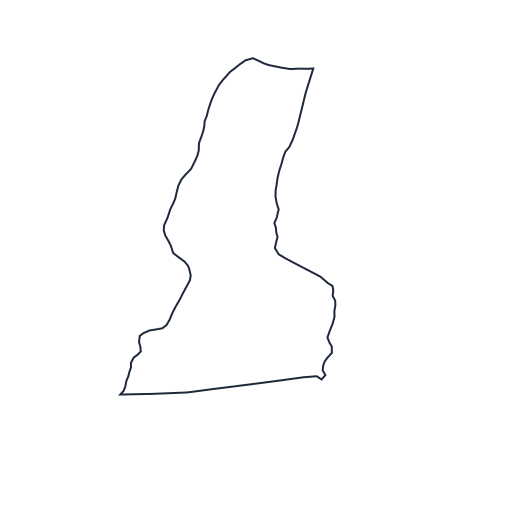 Cabaceiras do Paraguaçu, Bahia, Brazil (orthographic projection), rotated 302°
{"feature_id": "56859067B16616636185997", "entity_name": "Cabaceiras do Paraguaçu", "entity_type": "district", "adm_level": 2, "iso_a3": "BRA", "parent_name": "Brazil", "parent_adm1": "Bahia", "projection": "orthographic", "projection_center": [-39.188, -12.575], "detail": "fine", "context": "isolated", "style": "outline", "palette": "slate", "viewbox_px": 512, "rotation_deg": 302, "n_neighbors": 0, "source": "geoboundaries", "source_scale": "gbopen_adm2", "svg_char_len": 1788}
<svg xmlns="http://www.w3.org/2000/svg" viewBox="0 0 512 512"><g transform="rotate(302 256 256)"><path d="M343.1,141.0L338.6,143.4L334.1,145.0L329.1,146.3L321.5,147.8L315.2,151.5L310.6,153.0L304.5,153.9L295.4,154.8L287.2,153.0L281.3,152.2L274.3,152.9L267.9,155.0L261.9,157.1L257.0,157.9L250.4,158.5L242.0,160.6L233.3,161.8L228.7,164.3L225.1,168.5L222.4,173.7L219.4,178.6L214.6,184.2L213.9,191.8L213.3,198.8L211.5,203.9L208.7,207.2L204.9,210.9L200.5,212.8L195.0,213.2L189.5,213.5L185.1,213.8L179.4,214.4L170.3,214.7L163.3,215.3L156.2,216.5L150.0,216.7L145.1,214.9L140.6,210.0L136.4,205.1L130.5,201.2L126.6,199.8L121.0,202.4L118.2,205.6L114.0,208.9L109.6,207.9L105.0,206.1L99.1,206.6L95.1,209.1L90.8,210.0L86.2,211.5L81.6,212.2L76.1,214.3L71.4,215.2L66.6,214.3L83.7,240.5L98.5,262.2L103.5,269.5L106.2,272.9L113.9,282.2L119.7,289.2L123.5,293.9L148.7,324.8L165.1,344.7L178.3,360.5L186.2,371.2L186.0,377.0L191.7,378.0L194.4,373.1L198.8,371.0L203.0,370.1L207.8,370.5L214.0,371.7L219.4,368.2L221.5,364.2L224.7,359.8L232.0,358.1L239.2,356.9L246.0,354.8L250.9,351.6L256.1,349.5L259.9,347.0L262.9,342.1L267.7,339.8L271.1,336.8L271.1,331.3L272.6,321.6L270.3,291.9L269.6,281.9L269.5,274.3L272.7,267.8L279.0,265.6L283.5,264.2L287.0,260.5L290.4,258.0L293.7,254.1L299.4,253.3L303.4,251.9L307.6,250.5L311.5,245.8L316.5,241.2L322.0,237.9L327.2,235.8L333.1,233.1L338.6,231.2L342.7,230.0L347.0,229.0L353.6,227.0L359.9,225.6L366.1,226.5L374.7,225.4L387.0,222.6L391.8,221.2L420.9,211.6L445.4,205.2L442.2,200.7L437.3,192.6L432.7,186.0L428.9,177.0L424.8,166.0L423.5,160.6L422.9,154.8L422.1,148.6L416.4,143.4L409.8,140.6L405.0,138.9L398.2,136.4L392.6,135.5L387.9,134.6L381.1,134.0L372.0,134.6L365.4,135.5L359.3,136.9L353.2,138.5L349.3,139.9L343.1,141.0Z" fill="none" stroke="#1e293b" stroke-width="2"/></g></svg>